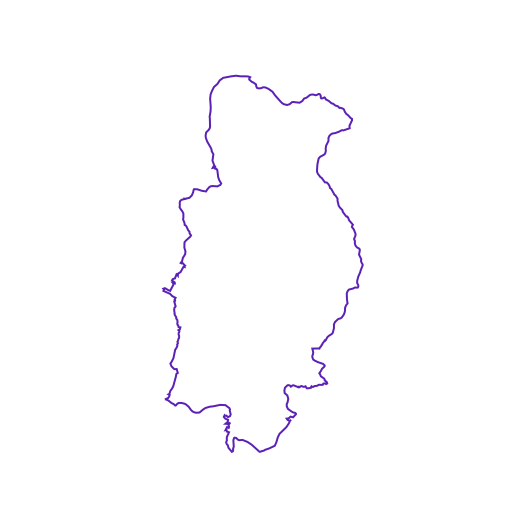 outline of Floridablanca, Santander, Colombia, rotated 321°
{"feature_id": "7082276B34435529925249", "entity_name": "Floridablanca", "entity_type": "district", "adm_level": 2, "iso_a3": "COL", "parent_name": "Colombia", "parent_adm1": "Santander", "projection": "mercator", "projection_center": [-73.085, 7.083], "detail": "fine", "context": "isolated", "style": "outline", "palette": "violet", "viewbox_px": 512, "rotation_deg": 321, "n_neighbors": 0, "source": "geoboundaries", "source_scale": "gbopen_adm2", "svg_char_len": 6142}
<svg xmlns="http://www.w3.org/2000/svg" viewBox="0 0 512 512"><g transform="rotate(321 256 256)"><path d="M409.2,215.7L410.6,213.6L416.0,211.0L416.9,209.8L416.4,208.6L416.1,204.3L415.6,202.5L415.8,199.8L416.5,197.7L416.5,196.9L416.1,195.8L414.9,194.0L414.0,193.4L413.9,191.4L412.3,188.8L411.7,186.0L410.8,185.0L410.1,181.2L408.8,178.2L409.2,176.9L409.1,175.9L406.6,175.2L405.9,174.6L406.0,173.7L406.9,172.6L407.4,171.2L407.3,170.2L406.5,169.4L405.2,169.3L403.5,168.6L402.1,166.5L400.4,165.3L399.2,164.8L394.9,164.8L392.5,163.9L389.5,164.7L386.3,164.3L381.7,159.6L380.7,159.1L377.7,159.2L375.9,158.5L375.2,158.2L373.2,155.6L372.6,154.0L372.3,151.7L371.9,143.1L372.2,138.7L370.9,134.0L369.3,130.8L367.6,129.3L365.8,128.9L363.6,127.5L362.6,126.1L362.9,124.4L364.0,122.7L363.2,119.7L362.3,117.9L361.8,114.6L362.4,113.9L364.0,113.4L363.2,112.0L361.9,110.6L357.0,106.6L353.9,103.3L349.5,100.6L342.6,96.9L338.3,96.7L334.4,98.0L329.7,98.2L325.7,100.0L322.5,101.8L319.4,104.8L314.6,111.7L311.8,114.9L307.6,118.6L306.8,119.9L301.6,126.7L300.4,127.6L298.7,128.2L295.1,128.6L292.7,130.6L291.4,132.5L290.1,136.4L288.9,143.8L288.2,145.8L287.5,146.7L286.9,150.1L282.2,154.5L280.6,159.2L280.5,160.8L279.6,161.0L279.0,160.7L278.8,159.9L277.8,160.3L279.2,161.1L279.2,162.2L279.6,162.2L279.9,162.8L279.6,162.9L280.0,164.0L280.0,164.9L276.3,170.8L275.2,173.8L274.6,177.7L273.0,178.3L269.8,177.6L266.4,174.4L264.7,173.3L262.9,173.1L260.0,173.6L257.8,174.4L254.9,171.2L252.5,167.4L250.0,165.1L248.9,165.5L247.5,166.8L244.3,168.5L240.9,168.9L238.1,167.5L237.3,167.4L236.4,166.3L236.1,166.7L233.6,165.5L231.8,165.5L230.5,166.3L228.4,169.0L227.3,170.0L226.9,172.5L226.9,174.4L226.4,177.1L223.9,180.3L222.4,181.6L221.2,185.4L220.1,187.0L220.6,188.2L220.5,189.5L219.5,193.3L219.6,195.2L218.6,196.7L218.5,199.1L217.1,199.6L211.2,199.9L209.0,200.4L205.6,204.4L204.1,208.0L202.1,210.0L197.9,211.5L195.3,213.5L193.1,214.0L193.6,215.0L194.5,214.9L194.8,218.9L193.5,218.8L193.4,219.4L193.0,218.9L192.5,218.9L187.3,221.0L183.9,220.6L183.6,221.5L183.1,221.4L182.8,221.9L182.6,220.3L178.9,222.4L176.9,221.6L176.3,221.7L175.3,222.2L176.2,225.3L175.7,226.2L174.4,224.7L174.4,226.0L167.3,229.1L166.3,227.2L165.0,223.7L163.4,223.1L163.4,224.2L162.1,224.9L165.4,231.3L165.7,234.6L167.2,237.9L165.5,238.5L165.3,239.5L164.7,239.9L164.4,240.1L164.2,239.7L163.8,239.9L161.9,244.5L159.9,245.0L158.3,246.6L156.7,249.4L156.3,249.6L155.8,250.8L155.5,253.3L154.6,254.5L154.6,256.2L153.2,258.3L152.4,258.8L151.7,260.1L151.9,260.9L151.1,262.5L152.3,263.9L150.7,265.0L149.1,264.8L149.3,266.1L148.5,266.8L147.4,267.2L146.4,268.4L146.0,269.7L144.6,271.3L143.9,271.4L142.3,272.6L140.9,273.3L140.5,274.6L139.0,275.2L138.5,276.2L136.3,277.4L134.2,278.0L127.6,283.4L123.7,285.2L121.8,285.7L120.9,288.5L121.3,292.4L122.0,293.1L123.2,293.9L121.6,297.7L120.1,297.5L119.4,297.9L118.0,299.2L109.8,305.1L107.5,306.1L104.4,307.0L101.9,308.7L101.0,308.5L101.5,309.6L100.0,310.6L98.3,311.1L95.1,310.1L95.8,310.8L97.0,313.3L97.8,317.1L98.8,319.2L99.1,321.4L99.7,321.7L101.7,321.3L103.6,321.6L105.6,323.3L107.6,325.9L108.2,327.4L108.8,330.8L108.6,334.6L108.8,336.7L109.7,338.7L110.9,340.2L113.6,342.1L117.9,342.0L121.0,342.3L125.2,344.0L128.3,346.0L134.4,349.1L138.4,352.7L139.6,357.6L139.2,358.9L138.3,359.6L136.7,363.1L135.0,364.1L132.8,363.6L132.5,361.4L131.5,360.8L131.4,360.0L129.7,360.8L129.8,363.2L131.2,365.8L129.6,367.2L126.7,367.2L128.1,368.5L131.1,369.3L128.3,370.0L127.5,371.9L126.6,372.4L125.8,370.8L122.8,372.1L123.7,372.5L122.9,374.1L124.1,376.0L119.3,378.4L117.2,381.1L115.6,381.9L114.9,383.7L115.0,385.2L113.9,387.8L114.0,393.0L115.1,393.2L116.2,392.4L116.6,391.6L118.8,390.1L122.4,385.0L124.3,383.7L125.0,383.7L126.0,384.8L126.5,387.8L126.9,388.5L129.8,390.5L132.4,395.2L133.9,400.0L135.5,410.3L136.4,411.0L137.5,411.2L139.6,412.2L141.0,412.3L145.0,413.8L151.2,415.3L154.4,413.7L158.9,410.6L162.4,409.0L171.9,408.1L176.1,406.8L177.7,406.0L178.1,405.5L180.2,405.5L178.4,405.3L177.4,403.3L177.5,401.7L179.2,402.7L181.8,402.6L183.3,404.7L187.5,404.1L187.8,403.8L187.7,402.6L186.4,400.9L185.9,399.7L184.6,395.1L185.2,392.4L186.6,390.5L188.4,389.6L191.2,387.3L192.6,384.1L192.0,380.6L193.4,378.4L195.6,376.6L198.7,376.3L199.4,376.4L200.3,377.1L201.0,378.5L200.9,379.5L203.0,379.6L203.8,380.1L206.0,384.0L206.6,384.3L206.4,384.8L207.3,385.4L208.4,385.3L209.6,385.7L210.4,387.4L211.3,388.1L212.5,388.4L212.2,390.7L213.0,391.5L215.7,393.0L216.9,392.2L217.2,392.2L217.2,392.9L218.1,393.8L219.6,393.9L221.7,395.3L223.7,395.6L226.6,398.0L227.0,398.1L228.1,397.5L229.6,398.6L229.8,399.6L231.1,399.9L231.7,398.3L231.1,395.9L231.7,395.1L231.8,394.1L230.7,390.3L231.4,388.1L231.4,387.0L234.1,386.2L236.3,385.2L239.3,385.0L240.2,384.7L240.5,384.2L240.2,382.0L237.3,377.4L235.8,374.2L235.3,372.5L236.1,370.1L237.2,368.8L238.4,368.3L239.9,366.8L241.5,363.4L246.4,367.2L247.0,367.9L248.1,367.3L249.5,367.2L250.9,366.5L251.5,366.6L252.9,365.7L254.1,365.6L256.4,364.9L256.5,365.4L257.2,365.3L260.4,364.0L262.6,363.9L265.7,364.3L267.2,364.1L271.2,361.1L273.5,358.2L275.9,357.0L280.2,356.7L282.6,357.7L283.7,357.8L287.4,356.8L289.4,355.6L291.1,354.2L292.3,352.6L293.6,351.7L295.6,350.8L297.3,350.5L299.3,347.1L302.9,342.3L304.4,341.3L305.7,340.8L307.2,340.6L310.8,342.3L313.2,342.8L314.7,344.3L315.4,344.6L316.2,344.2L317.1,343.1L317.6,340.7L319.1,338.9L322.5,336.4L326.8,334.2L328.2,333.1L333.0,330.4L333.6,329.5L333.7,328.2L334.4,326.0L335.8,324.7L336.9,319.8L340.5,316.7L340.9,315.3L339.9,312.9L339.9,310.5L340.4,309.2L340.9,308.2L342.3,306.6L342.9,304.5L346.2,302.7L347.3,301.4L348.7,297.1L348.8,293.8L349.4,293.3L351.0,292.7L350.8,287.0L351.8,283.9L351.7,282.7L351.2,282.5L351.0,282.0L351.2,276.4L352.0,274.8L351.7,271.0L351.9,269.0L354.1,264.4L355.5,262.7L355.9,258.8L355.5,257.9L356.7,251.3L356.3,249.8L357.0,248.3L357.5,246.0L357.3,243.5L355.9,242.1L356.2,236.5L355.7,235.4L355.8,231.1L356.3,229.3L357.0,228.2L361.1,223.7L365.7,219.9L367.1,219.4L368.4,219.3L372.8,220.1L374.2,219.9L376.6,218.1L377.6,216.5L379.9,214.4L384.7,212.2L386.7,209.8L388.7,208.8L391.0,208.6L392.5,208.9L394.8,210.3L399.0,211.7L401.3,212.1L402.1,212.4L403.0,213.4L409.2,215.7Z" fill="none" stroke="#5b21b6" stroke-width="2"/></g></svg>